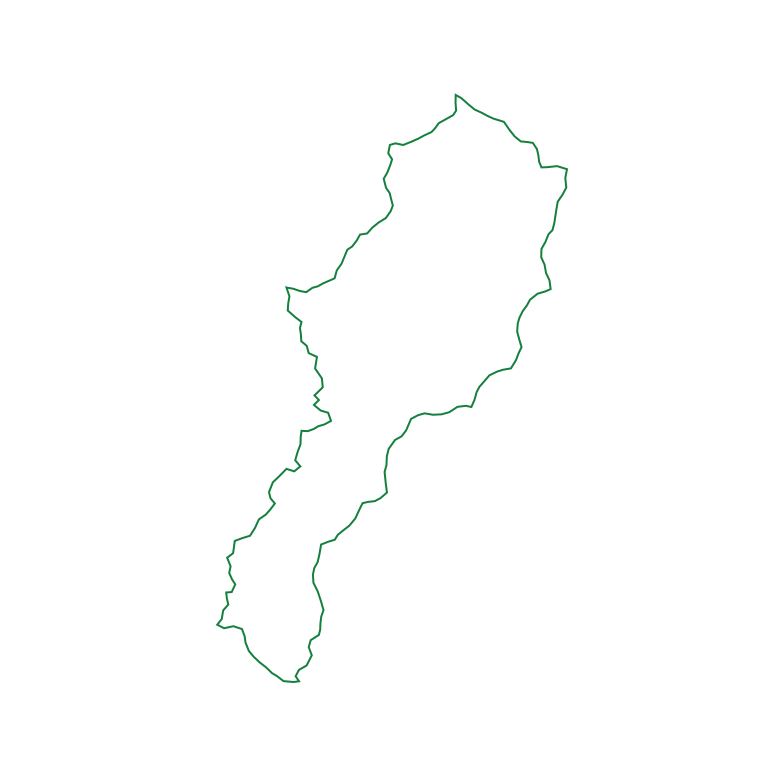 outline of Presidente Nereu, Santa Catarina, Brazil, rotated 148°
{"feature_id": "56859067B86900242229400", "entity_name": "Presidente Nereu", "entity_type": "district", "adm_level": 2, "iso_a3": "BRA", "parent_name": "Brazil", "parent_adm1": "Santa Catarina", "projection": "robinson", "projection_center": [-49.337, -27.259], "detail": "fine", "context": "isolated", "style": "outline", "palette": "green", "viewbox_px": 768, "rotation_deg": 148, "n_neighbors": 0, "source": "geoboundaries", "source_scale": "gbopen_adm2", "svg_char_len": 2806}
<svg xmlns="http://www.w3.org/2000/svg" viewBox="0 0 768 768"><g transform="rotate(148 384 384)"><path d="M192.4,376.2L188.7,384.3L187.8,392.2L184.6,400.1L183.5,408.2L178.9,415.1L171.9,418.9L165.0,423.9L159.6,425.2L154.1,430.4L146.8,439.0L140.1,446.5L132.0,450.1L125.3,454.0L121.1,462.6L115.0,469.2L121.7,477.0L131.1,481.6L135.7,484.3L134.6,490.4L131.8,496.4L129.8,502.2L130.0,509.6L134.3,513.3L139.5,517.3L142.0,524.8L142.9,532.6L143.4,542.8L150.5,551.0L154.1,556.4L157.5,562.4L161.7,568.7L164.2,576.2L167.0,585.6L170.0,591.1L174.3,584.6L177.9,577.7L182.7,575.4L191.6,575.8L199.4,576.2L205.2,573.8L210.1,572.5L218.2,573.5L224.9,573.9L232.1,574.9L241.0,576.5L246.9,582.1L252.3,583.6L258.1,577.5L258.1,570.2L262.6,566.4L269.4,561.4L275.5,558.2L278.3,549.3L278.0,543.0L279.9,537.2L281.9,530.7L286.6,527.1L294.4,523.8L303.1,523.8L311.0,522.8L318.5,520.6L325.1,523.4L331.0,520.2L338.1,517.5L344.0,517.3L350.4,512.7L356.3,508.5L363.8,505.4L369.9,499.8L375.5,500.6L382.0,501.6L388.4,501.9L393.7,503.5L401.3,503.1L406.1,507.5L410.5,512.9L415.6,517.5L417.7,508.5L422.5,503.1L426.7,497.3L424.0,488.1L421.1,480.3L425.6,476.0L428.1,470.3L431.5,464.0L429.3,457.3L431.5,450.1L426.5,442.5L434.2,433.7L433.7,421.6L437.7,413.7L443.2,412.4L449.0,411.2L447.7,404.9L454.5,403.4L451.8,395.1L446.6,389.2L448.5,380.8L456.1,381.3L462.0,383.0L467.5,383.1L473.6,384.4L478.7,388.0L482.6,383.4L486.8,377.1L493.3,372.1L499.7,366.4L498.6,358.5L506.4,357.5L511.7,363.7L518.4,362.1L524.0,360.8L530.4,359.5L538.8,353.3L540.8,347.3L539.9,340.5L547.0,337.8L553.4,335.9L561.8,335.5L569.7,330.3L578.0,326.3L585.9,328.4L593.7,330.0L601.6,320.5L609.1,319.8L610.7,310.7L615.4,305.8L616.4,298.9L616.3,292.9L623.4,288.3L628.3,290.8L630.9,285.4L632.9,279.5L640.4,277.2L646.1,270.7L653.0,268.2L649.0,261.6L640.1,258.4L634.3,251.5L635.9,243.8L638.4,238.3L640.1,229.2L639.0,221.6L637.0,213.9L634.2,206.3L632.2,198.2L629.5,192.9L626.7,185.3L618.6,179.2L613.6,176.9L613.8,183.0L607.7,186.6L598.8,186.3L589.0,192.2L587.3,200.7L581.9,205.6L572.2,205.7L568.3,209.5L564.9,214.5L560.4,220.1L555.1,224.3L552.6,233.1L550.1,243.2L549.2,252.8L545.3,260.0L540.6,264.9L534.7,268.1L529.1,273.7L522.4,281.2L514.5,279.7L508.3,278.0L503.1,280.6L495.0,281.6L488.5,282.2L479.6,285.2L471.3,290.6L465.3,294.3L459.9,292.4L453.8,289.5L447.4,289.1L439.0,290.4L435.4,298.3L430.1,309.1L424.8,314.0L419.9,321.2L414.4,326.5L404.3,330.7L396.8,330.3L389.7,333.0L379.5,340.1L371.7,339.5L365.1,337.6L358.8,332.0L351.3,327.8L343.6,325.5L333.8,325.7L326.1,322.1L322.1,318.2L315.4,322.8L309.8,328.0L304.5,331.1L298.1,333.0L290.0,335.5L281.6,334.6L275.4,333.0L268.1,330.0L259.4,334.3L253.5,338.8L247.8,342.4L245.8,349.7L243.3,357.9L238.5,364.4L234.2,368.3L227.8,372.3L221.4,374.8L215.5,378.1L206.0,379.2L197.6,376.9L192.4,376.2Z" fill="none" stroke="#15803d" stroke-width="2"/></g></svg>